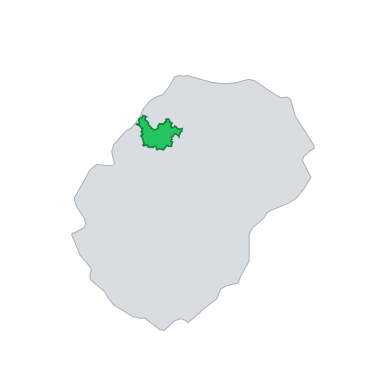 Kumanovo, Staro Nagoričane, North Macedonia (highlighted), rotated 324°
{"feature_id": "65306769B55307449205038", "entity_name": "Kumanovo", "entity_type": "district", "adm_level": 2, "iso_a3": "MKD", "parent_name": "North Macedonia", "parent_adm1": "Staro Nagoričane", "projection": "equal_earth", "projection_center": [21.797, 42.114], "detail": "fine", "context": "in_parent", "style": "filled", "palette": "green", "viewbox_px": 384, "rotation_deg": 324, "n_neighbors": 0, "source": "geoboundaries", "source_scale": "gbopen_adm2", "svg_char_len": 3562}
<svg xmlns="http://www.w3.org/2000/svg" viewBox="0 0 384 384"><g transform="rotate(324 192 192)"><path d="M175.0,103.8L180.8,104.5L193.4,101.0L201.2,96.2L205.2,95.5L210.6,93.6L218.2,93.9L226.0,96.0L235.8,93.2L245.5,88.7L249.4,89.8L253.6,93.7L256.4,94.7L272.5,115.0L281.3,123.2L291.8,129.4L303.7,134.0L307.9,138.4L315.6,160.0L319.3,168.2L324.3,170.7L325.6,173.1L325.8,176.2L320.2,191.4L318.1,225.7L316.7,228.4L310.8,228.2L302.9,229.0L299.8,231.6L296.8,250.1L284.1,255.3L272.5,258.3L262.8,257.6L245.6,253.3L240.1,252.8L235.3,255.3L220.0,256.6L213.3,259.8L197.6,281.4L181.6,288.9L176.1,292.7L163.9,287.9L158.1,287.4L149.6,292.9L131.1,293.5L126.1,294.4L111.8,295.3L111.2,292.3L108.6,288.0L102.0,285.9L88.4,287.7L85.1,284.5L79.6,266.1L75.2,263.2L70.4,257.0L62.2,237.1L62.1,228.4L62.7,220.8L58.2,203.0L61.1,198.5L65.3,195.7L65.4,188.5L64.3,177.6L69.4,156.3L70.8,154.8L72.1,155.8L84.3,157.5L87.4,154.8L89.4,150.6L90.2,135.0L93.1,127.8L122.5,114.1L131.2,113.6L137.8,119.9L143.0,123.9L146.2,123.8L147.3,119.8L150.9,112.0L156.9,107.5L174.8,103.7L175.0,103.8Z" fill="#d9dde1" stroke="#a8b0b8" stroke-width="1"/><path d="M221.4,134.9L218.9,134.0L218.7,133.5L218.3,133.4L218.2,132.7L217.5,132.0L217.5,129.8L216.9,129.2L216.9,128.5L215.7,129.0L214.2,128.8L213.1,127.4L213.3,126.6L213.7,127.1L214.5,125.5L215.1,124.8L216.0,125.0L216.3,124.6L216.4,123.9L215.2,123.2L215.1,122.8L215.5,122.8L215.3,122.0L216.0,120.4L216.0,119.4L215.5,119.0L215.5,118.7L215.0,118.3L214.6,118.4L213.9,118.2L213.7,117.9L213.2,118.2L213.3,119.1L213.1,119.7L212.7,119.6L212.3,119.9L211.4,119.3L209.2,120.3L208.9,120.1L208.8,120.4L207.6,119.3L207.6,118.9L206.7,118.9L206.2,117.7L204.2,118.1L203.8,118.6L202.9,118.8L202.6,119.0L202.8,119.5L202.5,119.5L201.9,120.6L199.8,120.2L198.5,120.3L197.3,118.2L197.2,117.4L196.9,117.4L196.5,116.5L197.0,116.2L196.4,111.8L197.4,110.4L197.1,108.9L197.3,108.0L196.9,107.6L196.4,105.6L197.2,105.5L197.5,104.9L198.2,104.3L199.4,104.4L198.1,102.0L197.2,101.2L197.0,101.3L196.7,101.3L196.4,101.5L196.1,102.0L195.9,102.2L195.7,102.3L195.2,102.5L195.1,102.4L194.9,102.3L194.7,102.1L194.6,101.9L194.4,101.9L194.0,101.9L193.9,101.9L193.4,102.0L192.6,101.8L192.1,101.6L192.0,102.0L191.6,102.5L190.9,102.9L190.8,103.2L190.7,103.8L190.8,104.3L190.5,104.6L190.4,104.7L190.3,104.9L189.5,105.5L189.1,105.6L188.6,105.5L188.4,104.9L188.1,104.8L187.5,104.5L187.3,104.5L187.2,104.6L186.8,104.7L188.0,106.7L188.9,106.8L188.5,107.7L188.7,110.0L188.5,110.9L188.6,111.2L189.4,111.1L189.4,111.6L188.9,111.5L188.9,111.9L187.8,112.3L186.4,113.4L186.9,114.0L186.2,114.2L186.4,116.3L186.1,116.8L184.7,116.1L183.5,116.5L183.8,117.3L183.7,119.0L183.0,120.2L182.9,121.8L181.9,123.1L182.1,123.5L181.7,124.7L181.4,124.6L181.2,125.0L180.3,124.9L179.9,125.4L180.0,126.4L180.7,126.4L181.4,126.8L181.9,126.6L182.1,127.3L182.5,127.0L183.4,127.5L183.5,128.8L182.8,129.5L184.2,131.4L185.1,130.9L185.6,131.1L186.0,131.8L186.0,132.7L186.7,133.1L188.4,132.9L189.4,133.2L189.3,135.2L188.3,136.7L188.7,137.4L190.4,137.6L191.3,138.1L191.4,138.5L192.2,138.9L192.3,139.6L193.2,139.9L193.1,140.6L193.6,141.1L195.9,140.7L196.6,140.1L199.3,139.4L199.7,141.3L201.3,142.1L201.9,142.9L202.8,142.7L203.4,141.6L204.6,140.7L204.9,140.2L205.6,139.9L205.1,139.4L204.8,138.3L205.8,137.5L206.6,137.8L206.7,137.0L207.4,136.0L208.7,135.7L209.4,135.9L209.5,135.5L210.5,135.0L211.5,135.2L211.8,134.7L212.2,134.6L212.5,135.2L212.9,135.4L213.5,136.6L214.0,138.3L214.0,139.6L214.7,138.6L216.5,137.8L217.3,137.1L218.1,137.1L219.1,136.7L219.6,136.9L220.3,135.7L221.4,134.9Z" fill="#22c55e" stroke="#15803d" stroke-width="1.5"/></g></svg>